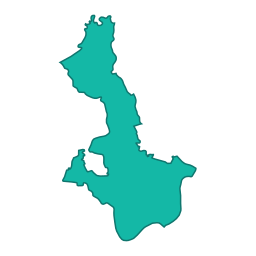 outline of Hung Nguyen, Nghệ An, Vietnam
{"feature_id": "81297802B19242536298701", "entity_name": "Hung Nguyen", "entity_type": "district", "adm_level": 2, "iso_a3": "VNM", "parent_name": "Vietnam", "parent_adm1": "Nghệ An", "projection": "orthographic", "projection_center": [105.613, 18.684], "detail": "fine", "context": "isolated", "style": "filled", "palette": "teal", "viewbox_px": 256, "rotation_deg": 0, "n_neighbors": 0, "source": "geoboundaries", "source_scale": "gbopen_adm2", "svg_char_len": 5676}
<svg xmlns="http://www.w3.org/2000/svg" viewBox="0 0 256 256"><path d="M164.1,227.0L165.7,225.3L168.9,224.0L173.0,221.4L176.4,218.6L179.2,215.1L180.4,211.8L180.8,210.6L180.9,208.9L180.6,203.3L180.6,195.5L180.0,189.9L179.9,188.3L180.1,187.0L180.8,184.3L181.5,180.8L181.9,179.7L182.9,178.5L184.6,177.2L186.2,176.6L188.0,176.4L189.3,176.4L190.9,176.7L191.5,176.6L192.1,176.2L195.4,170.7L195.8,169.4L195.9,168.3L192.5,166.2L190.1,165.1L187.2,164.4L185.2,163.8L183.6,162.8L181.9,161.5L177.0,156.2L173.5,157.1L173.0,156.3L172.2,156.9L173.2,158.9L173.0,159.1L170.8,163.3L167.4,163.4L165.2,161.9L154.8,159.0L152.6,158.2L151.9,157.8L153.4,154.9L153.3,154.5L153.0,154.4L152.2,154.9L151.9,154.9L151.1,154.4L149.4,154.5L148.7,154.9L148.6,155.4L148.7,155.7L148.6,156.1L147.5,156.5L147.4,156.4L147.4,155.4L147.1,155.0L146.2,154.7L146.2,151.8L146.0,151.3L145.3,150.7L143.9,150.5L142.9,150.7L141.4,151.2L140.7,151.3L139.3,150.6L138.9,150.2L138.9,149.8L139.6,146.7L139.2,146.4L138.3,146.7L138.1,146.1L136.1,143.3L136.1,143.1L136.4,143.0L139.4,143.0L140.0,142.5L140.1,141.9L140.1,141.1L140.0,140.9L138.5,139.6L138.0,139.0L137.4,136.7L137.3,135.6L136.3,133.6L136.7,132.9L136.8,132.6L136.7,131.6L133.9,126.2L139.8,124.2L141.5,123.8L140.5,123.0L139.9,122.0L139.7,121.3L139.6,120.4L139.5,117.6L139.2,116.9L137.5,114.8L137.2,114.0L136.9,112.0L136.6,111.1L135.9,109.6L135.0,106.3L135.4,104.1L135.8,102.5L135.9,101.0L135.9,100.1L135.7,99.2L135.1,97.2L133.6,94.1L132.4,94.8L131.6,95.1L130.8,95.1L130.4,94.5L129.8,93.9L129.1,93.5L128.2,92.7L127.2,91.7L125.3,87.3L123.7,84.2L122.6,80.9L121.9,79.7L121.1,78.7L120.4,78.0L119.1,77.3L118.2,76.6L117.2,75.6L116.5,74.8L116.0,73.4L112.7,74.0L112.1,73.6L111.4,72.5L111.2,71.8L111.5,71.3L112.7,70.2L113.0,69.3L112.7,66.7L112.8,65.9L113.0,65.1L113.3,64.3L115.1,61.8L115.9,60.3L116.2,59.2L116.2,57.8L116.1,57.0L115.8,56.2L115.1,55.2L114.0,53.8L112.8,52.4L112.4,50.3L111.2,47.2L111.0,45.9L110.9,44.8L111.1,43.2L111.4,42.3L111.7,41.8L113.3,40.4L113.8,39.8L114.0,39.1L113.9,38.4L113.1,36.8L112.9,36.1L112.9,35.4L113.0,34.6L113.7,32.3L113.9,30.2L113.7,27.2L113.8,26.0L114.4,24.2L114.5,23.1L113.8,23.2L112.8,23.1L112.1,22.7L111.5,22.2L111.0,21.6L110.4,19.1L110.3,18.3L110.8,17.2L110.8,16.7L110.6,16.3L110.3,16.0L109.7,15.9L109.2,16.0L108.4,16.2L108.0,16.5L107.1,17.7L106.3,18.1L105.4,18.2L104.6,17.9L103.6,17.4L101.7,17.1L100.9,17.3L100.4,17.6L99.4,18.7L99.3,19.2L99.3,19.8L99.6,20.3L101.7,21.9L102.3,22.5L102.5,23.0L102.4,23.6L102.2,24.1L101.5,24.8L100.8,25.3L99.3,25.5L98.4,25.4L97.8,25.0L97.5,24.6L97.3,24.0L97.2,23.3L96.8,22.7L96.3,22.5L95.6,22.5L95.2,22.7L94.9,23.0L94.3,22.5L93.7,21.7L93.5,20.8L93.5,20.1L93.7,19.4L94.7,16.4L94.5,15.6L94.2,15.4L92.7,15.5L92.1,15.8L91.6,16.2L91.3,16.8L91.1,17.8L91.1,18.6L91.5,20.3L91.5,20.8L90.8,21.4L90.5,21.5L90.1,21.4L89.8,21.1L89.3,21.6L89.3,21.9L89.5,22.1L90.2,22.9L90.2,23.1L90.0,23.4L89.6,23.8L88.2,24.3L86.9,24.4L86.3,24.2L85.6,23.8L85.3,24.4L85.3,24.9L85.5,25.1L87.1,26.1L87.2,26.4L87.3,27.3L87.0,28.1L86.6,28.7L85.8,28.9L85.2,28.6L84.7,29.2L84.7,29.9L85.9,32.0L86.0,33.4L85.9,35.2L85.1,37.4L81.9,42.9L80.9,43.8L79.2,44.5L78.8,44.8L78.3,45.4L78.1,46.3L78.1,46.7L78.3,47.0L79.1,47.3L80.9,47.5L81.6,47.7L81.6,48.7L79.7,50.5L74.7,53.9L71.1,56.4L60.1,62.4L60.6,62.7L62.5,64.5L63.5,66.0L64.7,68.2L67.6,69.3L68.1,69.9L68.6,71.3L68.6,71.9L68.1,73.1L68.0,74.0L68.3,74.9L72.4,79.4L72.9,80.3L73.0,81.3L73.1,85.7L73.3,86.1L74.6,87.0L77.0,88.3L78.2,91.1L79.0,92.0L79.3,92.2L80.6,92.2L84.3,92.4L84.9,93.0L85.4,93.9L87.2,95.4L90.7,97.0L92.7,97.8L94.3,98.2L96.1,98.3L97.6,98.0L99.9,97.1L100.7,97.1L101.3,97.2L101.4,97.6L100.6,99.8L100.7,100.3L100.9,100.8L103.5,102.4L104.6,103.8L105.2,106.3L106.4,111.6L107.2,113.8L107.2,116.2L106.5,119.2L106.5,121.9L106.6,122.9L107.7,125.2L109.0,128.8L109.4,130.3L109.6,131.5L109.4,132.6L108.7,133.6L105.9,135.6L104.0,136.2L99.6,137.0L95.7,138.2L93.9,139.0L92.8,140.2L92.2,141.3L91.1,144.7L88.9,149.5L88.8,150.0L89.7,151.6L90.3,151.9L92.3,151.9L94.4,153.0L98.2,153.9L101.8,154.4L102.9,154.9L103.3,155.7L103.8,157.0L103.9,158.9L103.8,162.8L104.1,164.3L105.2,166.8L105.6,167.4L106.3,167.6L107.1,167.6L107.6,168.0L108.1,169.6L108.1,171.5L107.9,172.4L107.1,173.2L107.1,173.8L107.3,173.9L108.5,174.1L108.5,174.5L107.7,175.7L106.9,175.9L100.2,176.1L97.2,175.6L96.3,175.1L93.3,172.5L92.2,171.0L91.4,170.7L89.3,171.4L88.0,171.7L87.6,171.7L87.2,171.5L85.3,168.2L83.9,165.0L83.9,164.6L84.1,164.3L84.9,163.8L84.8,163.4L84.0,162.2L83.9,161.0L83.6,160.7L81.6,159.7L81.7,159.3L82.0,159.0L82.9,158.6L83.1,158.2L83.4,155.8L84.5,155.7L84.7,155.0L84.5,154.6L84.3,154.3L82.5,152.9L82.4,152.7L82.4,152.3L82.7,151.9L84.1,151.2L84.5,150.9L84.2,149.8L82.9,149.5L78.7,150.4L78.6,155.1L77.6,156.2L74.9,157.4L73.6,157.9L73.4,158.6L72.2,161.1L72.0,161.9L71.7,165.3L71.4,166.8L70.6,168.5L70.1,169.0L69.7,169.0L69.4,168.2L69.1,168.0L68.5,168.3L68.4,168.8L68.4,169.8L68.0,170.0L66.8,170.1L66.6,170.4L64.6,176.8L62.8,180.2L62.8,180.8L63.0,181.0L63.5,181.2L71.4,181.9L75.0,182.4L76.6,182.7L77.0,183.0L77.1,183.3L77.2,185.1L77.5,185.4L78.1,185.7L82.0,185.6L82.5,185.5L83.2,185.0L83.4,183.2L83.6,182.9L84.4,182.8L85.3,183.0L86.4,183.5L87.3,184.4L88.0,186.4L88.6,189.3L88.9,189.9L89.1,190.1L91.5,191.3L92.7,192.9L93.0,195.5L93.4,195.9L94.3,196.5L97.6,198.3L98.7,199.4L100.7,202.1L101.1,203.0L102.1,203.9L102.9,204.1L103.6,204.1L104.9,203.6L106.2,202.9L107.0,202.9L107.7,203.1L113.4,207.2L113.8,208.0L114.1,209.1L113.9,212.7L114.0,215.5L114.9,222.4L115.8,228.2L116.7,231.1L119.7,236.8L121.7,239.2L123.5,240.3L126.4,240.6L128.3,240.4L130.5,239.7L132.7,238.8L133.8,238.2L137.3,235.0L142.3,229.5L143.8,228.0L145.6,226.7L152.4,223.2L157.0,222.7L159.2,223.0L160.7,224.0L164.1,227.0Z" fill="#14b8a6" stroke="#0f766e" stroke-width="1.5"/></svg>